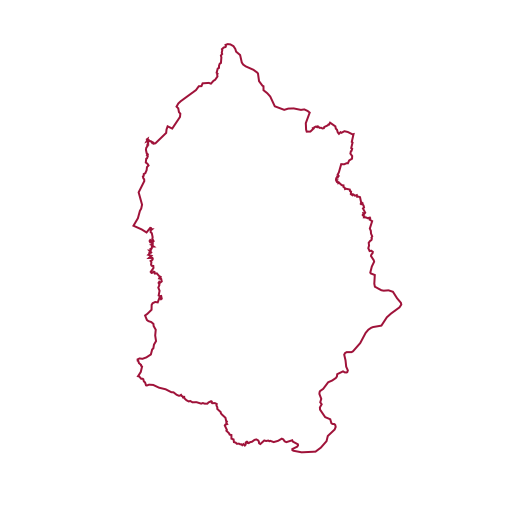 Tamot, Phatthalung, Thailand, rotated 298°
{"feature_id": "78962969B20479375564270", "entity_name": "Tamot", "entity_type": "district", "adm_level": 2, "iso_a3": "THA", "parent_name": "Thailand", "parent_adm1": "Phatthalung", "projection": "orthographic", "projection_center": [100.035, 7.286], "detail": "fine", "context": "isolated", "style": "outline", "palette": "rose", "viewbox_px": 512, "rotation_deg": 298, "n_neighbors": 0, "source": "geoboundaries", "source_scale": "gbopen_adm2", "svg_char_len": 6093}
<svg xmlns="http://www.w3.org/2000/svg" viewBox="0 0 512 512"><g transform="rotate(298 256 256)"><path d="M383.4,127.8L380.4,128.1L379.0,125.8L374.3,125.1L357.4,116.9L354.2,115.8L350.6,115.7L349.9,118.0L346.9,120.4L346.1,122.4L343.1,123.6L329.2,122.2L329.0,117.1L325.7,117.6L322.5,118.9L308.3,114.3L307.2,113.0L307.9,112.2L307.9,110.9L307.2,111.0L308.0,109.1L307.3,107.9L308.1,106.8L307.8,105.5L308.6,105.3L307.8,104.9L307.4,105.6L305.9,105.6L306.6,106.1L306.7,106.8L306.0,106.5L305.1,107.8L303.6,107.8L303.4,108.6L302.4,108.2L302.0,108.6L300.1,108.3L298.2,108.9L295.4,111.2L295.2,112.2L294.2,112.3L294.4,112.9L293.5,113.0L293.3,113.6L291.1,113.9L290.4,113.4L286.8,114.8L286.5,116.8L285.5,118.6L283.3,118.0L280.5,119.1L277.1,119.4L275.7,118.4L274.1,119.2L273.1,118.8L271.6,120.2L271.3,121.2L269.7,122.2L257.1,122.5L247.8,131.3L243.9,132.4L241.4,132.3L233.9,134.0L225.2,133.6L225.8,142.6L225.4,148.3L231.2,149.4L231.4,150.1L230.6,151.0L230.9,151.7L229.2,151.0L227.6,151.8L227.2,153.3L224.1,155.9L222.5,156.4L221.1,158.5L220.3,157.9L220.5,155.1L219.3,155.0L218.4,156.2L219.1,158.7L218.1,159.2L216.8,158.3L216.9,159.7L216.5,159.9L216.3,161.3L215.3,159.7L213.7,160.4L212.8,159.6L212.3,160.3L211.5,160.4L210.8,159.2L210.0,161.8L209.3,161.6L208.8,160.3L207.4,160.7L206.5,160.4L207.1,163.5L204.0,162.4L205.7,165.4L205.0,166.2L203.9,166.3L202.1,165.3L201.5,166.5L199.1,167.4L198.4,168.5L199.0,170.0L197.3,171.1L192.5,170.5L192.0,171.7L192.9,172.7L194.1,172.9L194.3,173.8L193.0,174.9L194.1,176.6L192.8,179.9L192.8,181.7L191.9,181.9L191.4,181.0L190.7,181.0L191.2,183.1L189.3,184.7L187.4,183.9L187.8,182.7L186.5,182.6L185.2,184.3L182.2,184.6L180.0,187.2L175.4,188.6L175.3,189.8L176.2,191.0L174.1,192.8L173.2,192.4L173.8,191.1L173.5,190.4L168.9,191.0L168.1,188.6L165.8,186.9L163.9,186.8L159.5,189.0L153.8,187.2L151.4,186.0L148.3,189.7L148.0,191.6L148.5,194.5L147.9,197.3L146.1,198.5L143.8,202.1L138.5,204.3L133.9,207.7L129.9,207.5L126.3,208.7L124.7,208.2L119.7,209.4L115.0,206.8L111.9,204.0L110.9,201.3L109.1,200.0L108.0,200.7L108.1,201.3L106.5,202.9L105.9,205.6L105.2,206.0L104.9,207.3L99.5,208.7L94.5,208.3L94.8,209.4L93.7,212.3L94.4,213.5L94.3,214.3L92.6,215.9L92.3,217.4L90.2,219.6L90.4,220.4L92.2,222.0L93.9,225.8L94.2,232.2L95.9,238.8L96.0,245.2L96.9,247.2L96.2,251.0L96.4,253.5L96.9,254.3L98.2,255.0L97.5,256.2L97.6,257.2L96.9,257.9L97.8,258.8L96.7,259.6L96.0,262.3L96.0,264.9L97.1,266.0L97.0,268.6L99.0,272.1L99.9,276.9L101.2,278.1L101.5,279.9L102.8,282.4L104.4,282.8L106.7,284.5L106.7,285.3L105.7,285.7L105.5,286.5L106.8,288.7L106.9,290.8L105.4,291.3L104.2,292.9L102.8,293.6L101.6,298.1L100.6,298.9L100.1,300.1L98.8,305.0L96.2,307.2L96.2,308.0L94.7,308.1L94.0,309.4L92.7,308.1L91.7,308.0L88.8,311.9L87.8,311.9L86.9,315.2L85.9,316.6L86.4,318.3L83.2,320.1L83.5,322.3L81.3,323.9L81.7,325.7L81.2,327.2L82.3,329.0L82.3,330.6L82.9,331.5L82.5,332.7L84.0,333.2L83.4,335.1L84.6,335.4L86.4,334.5L87.6,334.9L87.9,335.6L87.0,336.4L87.3,337.4L89.0,338.3L90.0,339.6L92.9,341.0L94.2,342.4L94.2,344.3L93.7,345.4L92.1,346.7L92.0,348.1L97.0,349.9L97.4,351.8L98.8,353.5L98.7,354.7L99.5,355.4L100.0,359.0L103.2,362.3L106.8,364.5L106.9,366.2L105.8,368.3L105.9,370.2L110.3,374.5L109.4,375.6L109.4,381.4L108.6,382.0L107.0,381.9L102.6,378.7L101.7,379.2L101.6,380.4L104.1,388.5L111.2,400.4L117.2,403.2L125.6,405.2L130.8,403.9L139.7,406.9L142.5,406.6L144.0,405.3L144.4,404.2L143.6,402.3L143.8,401.0L146.7,398.2L146.2,392.7L150.4,384.7L152.3,383.5L155.9,383.6L157.0,381.4L160.5,380.7L164.0,376.7L165.8,376.0L166.9,376.0L170.2,377.7L178.4,379.0L181.8,381.7L185.8,383.8L187.6,384.0L189.8,383.2L195.0,387.0L194.9,389.0L195.7,390.7L196.3,391.1L198.1,390.8L200.6,387.6L205.8,384.1L210.3,380.2L212.1,380.2L213.7,381.2L216.0,385.5L217.4,386.4L228.0,388.9L239.6,388.9L243.7,389.8L246.7,391.4L248.2,392.7L253.4,399.4L263.3,400.3L268.5,402.2L278.0,406.8L281.3,407.1L282.7,405.9L284.9,400.4L288.7,393.7L287.9,389.1L285.3,385.0L284.6,382.7L284.7,375.4L287.0,373.5L295.0,369.8L294.5,365.5L295.0,364.7L301.1,363.2L306.4,363.0L307.5,362.0L310.0,357.5L311.4,357.2L313.2,357.6L314.5,357.2L314.8,355.3L313.7,354.0L315.6,351.5L318.3,350.9L320.6,349.3L323.0,349.7L324.1,350.4L325.6,350.2L326.3,349.4L327.9,349.4L329.8,347.0L332.1,345.6L333.7,343.6L341.3,342.2L341.5,339.2L343.0,339.1L343.4,338.5L341.7,336.7L341.8,335.4L340.8,333.2L341.9,333.0L342.0,331.2L342.6,330.9L343.3,331.5L344.2,330.7L344.5,331.9L345.5,332.1L348.2,328.1L349.6,328.6L351.1,327.2L351.8,325.6L351.1,324.6L351.2,324.0L352.2,323.8L352.8,324.5L353.0,323.4L356.8,320.2L356.5,318.5L355.8,317.5L357.1,316.4L355.7,315.1L356.1,313.1L355.8,312.1L355.0,312.4L355.1,310.7L357.5,309.7L357.4,308.7L358.7,307.6L357.6,303.8L356.9,303.2L357.9,302.2L358.1,300.7L359.4,300.1L358.8,298.4L359.6,295.3L358.9,294.5L359.9,294.0L359.3,292.8L360.1,291.6L361.1,291.9L361.0,290.8L362.4,290.3L363.5,291.2L364.0,290.7L364.1,291.2L365.5,291.4L366.2,289.9L368.8,289.9L377.1,288.1L378.3,290.7L380.5,292.5L381.0,293.6L384.1,293.4L387.0,295.1L389.4,294.0L390.7,291.3L393.0,290.6L393.6,291.0L395.8,290.6L396.0,289.4L401.5,288.0L401.7,287.0L409.4,284.9L408.7,284.1L408.6,278.9L407.7,275.5L404.9,273.6L405.0,272.5L402.8,271.9L403.5,270.2L405.5,268.2L405.9,266.7L407.7,265.2L408.5,258.8L406.3,258.8L406.1,258.2L405.0,258.0L401.9,255.7L400.7,255.9L399.8,254.8L399.8,253.3L399.0,252.0L399.3,251.2L398.9,250.3L399.5,249.8L399.3,249.3L398.4,249.3L398.3,248.0L396.9,247.0L395.9,247.1L395.5,246.2L394.7,246.7L391.4,245.6L389.6,242.4L391.1,240.9L396.7,237.6L407.8,236.1L408.3,233.4L408.1,229.8L406.1,227.1L404.0,220.0L401.3,215.3L398.3,212.3L397.0,202.3L403.5,193.7L405.0,189.6L405.9,184.8L409.4,182.9L409.4,181.7L411.8,176.6L418.0,172.1L418.5,171.1L419.2,166.3L418.6,157.9L419.0,154.8L420.2,152.6L426.0,147.6L427.1,142.5L429.1,140.5L430.7,137.6L430.8,134.0L429.8,131.5L428.1,130.0L427.2,130.9L426.2,131.0L424.9,129.6L422.6,128.8L422.1,129.5L419.3,130.4L418.5,131.3L416.5,130.9L415.1,132.2L410.0,134.4L408.8,133.7L406.7,134.0L404.7,135.0L403.5,134.2L399.3,135.2L398.9,136.5L398.0,136.5L396.4,137.7L392.4,137.2L390.7,136.2L387.0,135.3L386.7,133.1L383.4,127.8Z" fill="none" stroke="#9f1239" stroke-width="2"/></g></svg>